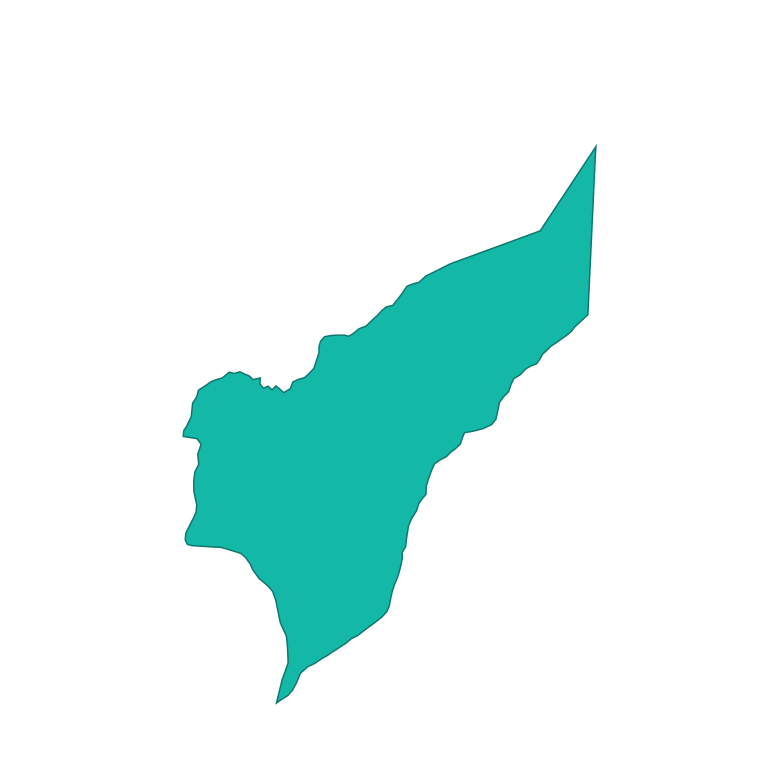 the district of Piranhas, Alagoas, Brazil, rotated 38°
{"feature_id": "56859067B38301719438839", "entity_name": "Piranhas", "entity_type": "district", "adm_level": 2, "iso_a3": "BRA", "parent_name": "Brazil", "parent_adm1": "Alagoas", "projection": "equal_earth", "projection_center": [-37.725, -9.506], "detail": "fine", "context": "isolated", "style": "filled", "palette": "teal", "viewbox_px": 768, "rotation_deg": 38, "n_neighbors": 0, "source": "geoboundaries", "source_scale": "gbopen_adm2", "svg_char_len": 2219}
<svg xmlns="http://www.w3.org/2000/svg" viewBox="0 0 768 768"><g transform="rotate(38 384 384)"><path d="M404.8,66.4L412.8,167.1L385.5,211.1L381.0,218.3L362.3,248.4L350.5,273.2L348.9,282.5L344.9,287.7L341.9,292.9L342.5,301.6L342.6,308.8L342.5,316.7L338.6,321.5L337.2,326.7L336.5,334.5L335.2,342.1L334.2,349.4L330.3,355.9L328.7,363.2L326.8,368.1L322.4,370.1L317.4,374.0L312.3,378.5L308.0,383.4L307.7,389.2L309.5,394.1L313.5,399.4L316.1,406.5L319.1,414.6L318.7,420.5L317.4,428.1L314.2,432.3L310.9,438.4L313.1,445.3L310.3,452.6L305.1,452.1L300.0,452.0L299.4,457.5L294.0,457.1L291.6,461.5L286.2,460.4L282.8,455.4L278.0,461.2L272.9,460.6L267.6,462.1L262.8,463.2L259.6,467.8L254.8,469.9L252.9,478.7L248.9,484.2L246.3,488.7L244.4,495.1L241.6,503.1L244.4,509.5L245.0,516.9L252.2,528.4L254.5,538.7L254.9,544.0L258.1,548.9L270.3,542.2L277.0,544.0L280.5,554.1L287.5,561.4L289.1,569.5L293.3,576.9L300.6,586.0L311.0,594.6L314.6,600.4L316.1,605.3L317.4,612.6L319.7,623.6L323.4,629.3L327.8,631.4L332.2,629.6L350.3,617.2L356.5,612.9L375.4,605.6L381.6,605.9L389.5,608.2L394.7,611.1L405.3,614.2L416.8,614.6L423.9,616.0L431.7,620.9L449.3,636.0L458.1,640.6L461.9,642.5L466.5,646.9L472.9,654.2L480.2,662.8L486.0,680.2L495.7,701.6L497.3,696.1L500.0,688.6L500.4,681.6L499.2,674.4L497.8,668.9L496.2,663.2L498.0,653.6L501.5,646.7L503.9,639.1L506.5,632.7L508.1,627.5L510.1,622.1L511.7,616.9L513.5,612.0L515.1,604.7L518.1,598.4L519.6,592.3L521.5,585.3L523.9,576.7L525.8,568.8L526.4,561.6L524.9,555.9L521.3,548.9L518.3,542.6L515.7,535.4L513.6,527.8L511.7,522.8L509.2,516.9L505.4,509.5L502.0,505.5L501.1,498.8L497.0,492.2L493.3,485.5L490.6,480.6L488.6,472.8L487.7,463.8L485.1,457.1L484.7,451.5L485.0,445.1L480.4,438.8L477.7,432.1L474.8,423.4L473.0,416.1L474.7,409.8L477.9,402.6L478.5,397.1L480.2,390.7L481.1,384.3L478.9,378.2L477.4,372.7L481.5,368.4L485.1,364.0L489.7,357.9L493.8,349.8L493.8,342.7L490.2,335.2L486.3,327.3L486.1,320.6L486.9,313.2L484.3,306.0L483.0,299.8L485.6,293.1L486.5,284.5L488.8,279.0L491.7,274.4L491.6,268.9L490.6,263.1L491.6,256.7L492.3,251.3L494.2,245.7L495.8,240.3L498.1,232.5L499.2,227.3L499.2,221.4L500.2,215.1L501.1,209.6L502.0,203.9L409.5,73.3L404.8,66.4Z" fill="#14b8a6" stroke="#0f766e" stroke-width="1.5"/></g></svg>